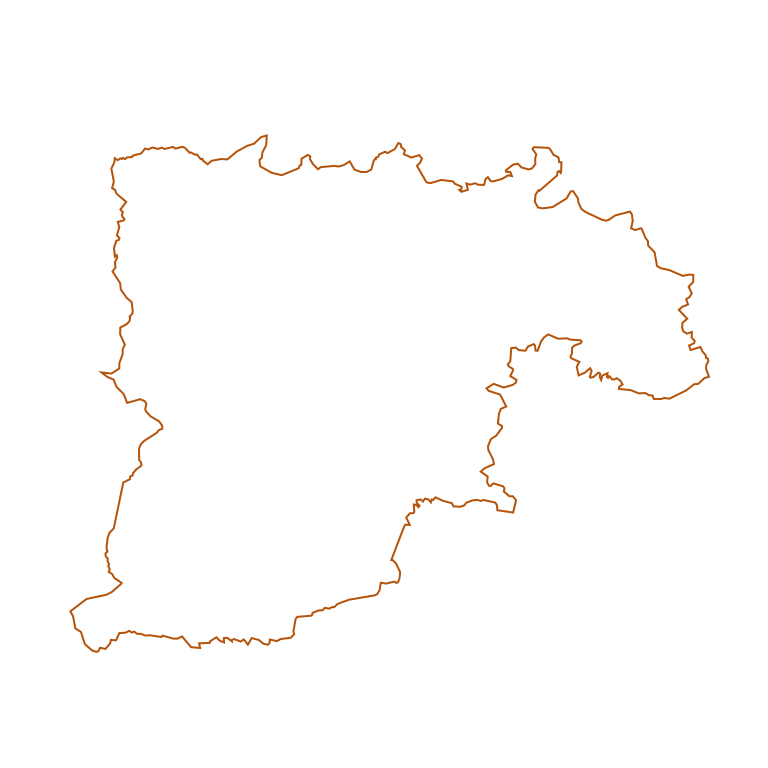 the district of San Pedro Yeloixtlahuaca, Puebla, Mexico, rotated 87°
{"feature_id": "50627088B18760877714878", "entity_name": "San Pedro Yeloixtlahuaca", "entity_type": "district", "adm_level": 2, "iso_a3": "MEX", "parent_name": "Mexico", "parent_adm1": "Puebla", "projection": "mercator", "projection_center": [-98.049, 18.052], "detail": "fine", "context": "isolated", "style": "outline", "palette": "amber", "viewbox_px": 768, "rotation_deg": 87, "n_neighbors": 0, "source": "geoboundaries", "source_scale": "gbopen_adm2", "svg_char_len": 6116}
<svg xmlns="http://www.w3.org/2000/svg" viewBox="0 0 768 768"><g transform="rotate(87 384 384)"><path d="M541.3,671.0L544.1,668.9L546.2,669.4L549.5,668.0L551.4,668.9L554.6,667.6L557.3,668.7L559.6,665.4L563.6,663.4L568.9,656.4L569.6,656.7L577.3,666.5L579.9,672.0L583.1,692.3L594.6,709.1L599.6,706.7L611.9,705.0L615.8,699.6L628.2,696.3L634.9,689.3L636.4,685.3L636.1,683.5L632.5,681.2L634.0,676.1L628.6,670.9L625.3,670.2L625.9,665.0L618.9,661.3L618.8,655.0L617.2,651.3L619.0,648.8L618.2,646.4L620.5,643.8L620.8,639.8L622.7,635.4L622.7,630.8L625.0,619.6L623.7,618.2L627.2,607.9L627.5,603.4L625.5,598.9L636.7,590.4L638.0,581.5L633.3,582.2L633.4,571.6L631.9,571.2L628.2,564.7L631.8,561.4L633.7,557.2L629.4,557.3L629.2,554.0L633.0,549.4L631.7,549.5L630.9,547.1L633.7,540.5L631.7,537.4L637.1,533.6L630.8,529.4L633.2,522.2L637.0,518.1L638.3,513.7L637.2,512.1L633.2,511.3L635.2,504.4L633.3,500.7L632.5,490.3L629.1,486.8L626.2,487.4L613.9,484.5L612.0,482.7L611.6,469.1L610.8,467.8L608.8,467.3L606.7,461.1L606.7,457.0L604.5,455.0L605.4,450.4L604.0,447.3L604.3,445.5L601.2,441.9L597.6,430.3L594.5,403.9L593.4,401.7L589.8,399.3L582.3,397.6L583.4,392.5L581.9,384.0L583.3,382.1L582.8,380.5L579.4,378.8L572.9,377.7L563.9,381.3L560.2,384.7L560.1,385.9L528.2,371.7L525.6,370.1L526.1,365.7L518.4,368.8L514.4,364.7L514.5,361.4L513.2,360.4L505.9,360.6L506.7,357.8L508.8,356.0L507.4,354.9L504.3,357.6L501.7,357.5L501.2,353.4L503.4,351.3L500.6,349.1L501.7,345.4L504.7,343.4L501.8,342.3L502.3,340.9L499.9,338.5L503.7,331.3L506.6,322.5L509.8,321.0L510.6,314.7L509.5,310.3L506.8,307.9L504.8,301.6L504.7,296.6L505.9,293.6L505.0,290.9L508.2,279.1L510.8,277.6L516.0,277.4L519.1,261.8L507.1,258.2L502.9,261.1L502.6,264.8L497.6,270.0L494.3,269.1L492.3,270.7L489.0,279.9L491.4,283.0L491.2,284.4L487.6,286.2L481.8,285.3L476.6,292.0L473.4,288.0L469.7,278.4L465.1,279.0L455.6,283.2L451.5,283.4L444.6,280.1L441.4,274.6L433.8,268.3L432.1,268.4L429.5,272.3L419.8,270.8L414.9,268.6L412.9,263.1L400.6,268.6L396.3,279.9L393.7,281.9L389.6,274.5L393.8,264.6L391.6,255.4L389.3,252.0L386.8,251.5L382.7,257.5L377.4,254.5L375.7,254.6L373.0,258.3L370.9,259.4L367.8,256.7L354.8,255.0L354.6,250.3L357.2,247.7L358.2,241.0L354.2,238.3L352.0,232.5L353.4,231.2L358.6,230.9L358.8,228.8L349.8,225.0L345.7,221.6L343.1,217.4L347.9,207.7L348.0,198.7L349.4,195.8L350.6,185.5L351.8,184.4L353.5,185.3L355.6,191.9L357.4,194.2L363.3,194.7L366.5,196.4L368.0,195.8L372.1,187.7L376.8,190.6L385.6,189.2L383.2,182.8L379.0,177.3L381.9,176.0L387.6,178.1L388.5,177.4L387.9,174.2L383.9,169.4L384.9,167.6L388.2,168.2L391.4,166.9L387.0,165.5L384.9,160.2L388.9,160.9L389.6,159.9L388.0,159.1L388.2,158.2L391.2,156.2L391.5,153.8L390.4,151.3L393.1,147.8L397.0,145.8L399.1,149.3L401.2,149.7L403.0,138.1L406.7,130.0L406.7,123.5L409.1,119.9L409.5,116.4L413.0,115.5L413.5,108.0L412.6,105.0L413.6,99.7L406.2,82.5L400.4,74.2L400.3,70.1L394.9,63.8L393.8,59.1L385.6,61.6L381.7,61.1L378.3,58.9L375.5,59.2L374.8,61.0L372.2,61.2L368.2,64.3L363.6,66.0L366.1,76.1L361.5,77.3L359.5,72.2L357.3,71.4L353.6,74.4L348.2,73.8L349.5,78.8L347.2,82.3L343.3,83.3L338.5,82.7L334.7,77.8L325.4,85.7L322.5,82.1L320.5,76.2L315.2,77.8L313.0,74.2L309.5,71.9L302.8,74.7L298.3,69.9L291.3,69.4L290.7,72.7L291.6,80.1L285.2,93.1L282.8,101.7L280.4,105.2L266.6,106.9L259.7,112.9L255.0,113.0L251.7,115.3L242.8,118.4L241.9,119.0L243.4,125.0L241.5,129.1L234.4,127.1L227.8,127.5L224.7,129.3L227.7,144.1L231.9,151.1L232.5,153.5L231.5,157.5L222.7,173.9L219.4,177.8L212.8,180.4L209.0,180.5L201.3,185.1L201.6,187.6L208.2,191.9L216.1,206.3L216.9,216.2L215.8,221.0L209.9,223.8L202.9,222.8L198.6,219.6L199.2,218.7L184.8,200.2L181.5,199.7L180.4,198.1L182.5,196.5L181.2,196.0L171.9,195.2L171.6,197.4L166.9,197.9L163.9,202.8L158.1,205.9L156.7,207.8L155.4,222.0L157.1,223.4L162.6,219.9L166.5,221.2L172.5,221.4L176.4,224.9L177.3,228.4L174.9,235.4L171.0,238.8L171.7,243.7L177.1,251.2L178.5,250.9L178.9,246.8L183.0,245.4L182.1,249.3L185.3,255.2L187.3,263.8L187.1,266.8L182.9,269.4L184.8,272.0L190.4,273.6L189.9,279.8L188.3,282.3L189.4,287.6L188.1,291.2L194.5,290.1L196.1,296.7L194.1,298.5L194.1,296.8L191.3,296.0L187.6,302.9L185.3,304.4L183.2,316.2L185.9,327.4L184.7,331.1L167.8,339.7L165.2,336.6L161.0,334.3L157.3,336.8L159.3,344.8L155.5,352.2L151.8,350.9L148.3,354.4L145.3,354.7L144.1,357.0L149.9,360.8L153.6,368.4L152.1,370.8L154.5,376.9L156.7,377.8L157.6,380.3L159.2,380.4L159.2,381.6L161.1,382.8L169.2,385.5L171.4,390.4L171.1,395.9L168.3,402.3L159.9,406.6L163.3,412.8L164.4,418.0L163.6,422.7L164.1,435.8L166.1,438.7L160.3,443.7L155.3,446.2L152.9,445.7L151.2,448.0L154.7,454.6L160.8,455.1L161.4,456.7L164.1,458.0L170.1,475.1L167.3,485.0L160.2,496.1L157.1,496.6L153.6,496.5L151.8,494.2L146.6,493.4L139.1,489.1L129.7,488.1L131.0,493.8L137.3,501.3L139.0,508.1L144.1,518.8L151.5,528.6L150.8,535.2L152.1,544.5L155.3,548.6L151.4,553.2L149.7,553.5L149.8,555.3L145.0,558.9L145.0,561.1L142.6,564.7L143.0,565.9L137.8,570.4L136.6,573.0L138.0,580.0L136.2,582.3L137.8,590.8L136.3,593.5L137.4,597.3L135.7,603.1L137.4,606.9L136.4,610.4L141.0,614.3L142.9,623.1L144.2,623.7L144.2,628.6L145.9,631.0L144.6,632.9L145.5,634.0L144.9,635.5L146.6,638.2L144.4,641.0L148.5,641.7L154.7,645.0L167.6,643.2L174.2,645.3L176.0,642.5L179.9,641.2L188.7,631.9L196.0,638.1L198.7,635.8L202.1,637.0L205.8,634.6L207.0,635.4L208.2,641.4L213.2,640.1L221.6,642.9L224.6,640.5L226.2,641.3L227.1,643.9L234.0,646.5L242.7,646.1L241.3,644.2L243.4,643.7L248.4,646.3L253.6,646.0L257.4,649.2L269.5,642.2L275.9,641.9L284.7,636.3L289.0,631.7L298.5,631.1L300.7,631.8L303.4,634.6L304.3,633.9L308.0,634.9L310.8,637.9L313.8,644.4L320.6,644.9L331.2,640.7L335.4,643.1L340.4,643.4L349.4,647.2L354.7,647.6L359.3,655.5L357.7,665.5L362.5,659.8L365.5,653.8L372.8,651.3L380.4,644.5L389.4,641.5L386.4,628.3L388.8,623.6L391.3,622.4L397.0,623.8L398.8,623.1L403.8,619.1L409.7,610.4L414.0,607.7L417.2,607.7L418.1,611.1L420.9,613.6L428.0,626.1L431.3,629.9L435.8,632.0L447.0,632.5L449.7,630.7L452.7,630.5L456.6,636.2L459.7,639.1L462.4,640.0L462.9,642.2L465.8,642.8L468.7,649.5L514.0,661.4L518.3,666.0L523.5,668.1L532.9,669.7L537.0,669.0L538.4,670.9L541.3,671.0Z" fill="none" stroke="#b45309" stroke-width="2"/></g></svg>